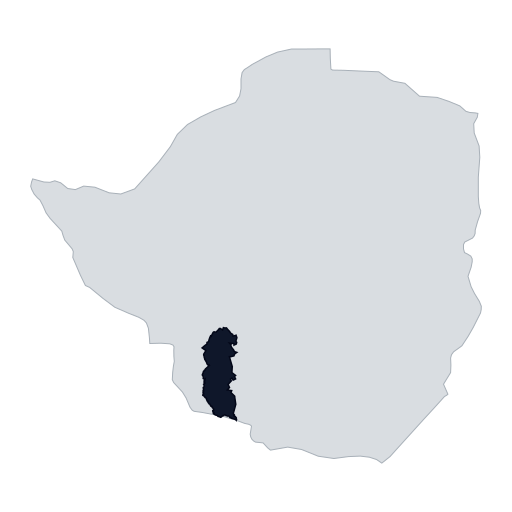 Matobo, Matabeleland South, Zimbabwe (highlighted)
{"feature_id": "62879985B11044582115440", "entity_name": "Matobo", "entity_type": "district", "adm_level": 2, "iso_a3": "ZWE", "parent_name": "Zimbabwe", "parent_adm1": "Matabeleland South", "projection": "mercator", "projection_center": [28.344, -20.969], "detail": "fine", "context": "in_parent", "style": "filled", "palette": "ink", "viewbox_px": 512, "rotation_deg": 0, "n_neighbors": 0, "source": "geoboundaries", "source_scale": "gbopen_adm2", "svg_char_len": 7271}
<svg xmlns="http://www.w3.org/2000/svg" viewBox="0 0 512 512"><path d="M381.8,463.1L376.5,459.5L369.4,457.2L360.2,456.1L348.4,456.6L333.9,458.5L318.2,456.2L301.6,449.5L287.7,447.1L271.2,450.0L270.4,450.1L267.6,447.8L263.1,442.9L255.5,442.1L253.5,440.9L251.8,439.1L250.7,436.8L250.2,434.2L251.5,426.2L250.8,425.3L248.8,424.3L244.7,423.4L234.7,419.7L222.2,416.2L201.9,412.4L194.1,411.3L192.2,410.2L190.0,407.2L186.1,398.0L182.4,392.0L173.7,382.6L172.3,379.7L172.7,372.3L173.4,366.3L174.3,361.3L173.9,356.5L173.8,350.6L174.0,346.7L172.9,345.0L169.7,343.8L160.7,343.2L149.8,343.5L149.4,337.5L148.4,328.2L146.4,322.9L143.9,320.2L138.8,317.3L128.7,313.3L114.9,307.3L103.1,298.5L89.6,287.4L85.4,285.5L80.4,275.2L72.8,257.5L73.3,251.6L72.1,248.8L64.8,240.1L63.1,235.6L61.8,231.1L50.1,218.4L46.1,212.9L43.0,205.8L40.0,200.1L37.4,197.8L34.1,194.0L31.8,189.6L30.7,186.3L31.6,181.9L32.7,178.9L43.9,182.0L50.0,182.3L54.8,180.8L60.7,182.8L67.7,188.5L75.4,189.6L83.7,186.1L94.9,187.2L109.1,192.8L120.8,194.0L134.7,188.9L147.2,174.9L158.9,161.8L170.4,146.6L177.3,134.4L187.5,124.5L200.9,116.8L214.6,110.4L235.5,102.5L239.6,96.0L241.0,88.8L241.0,79.0L242.1,72.6L244.3,69.6L247.8,67.4L252.2,64.4L266.0,56.9L277.5,52.1L291.6,49.0L306.9,49.0L321.7,48.9L330.1,48.9L330.3,58.4L330.9,69.1L332.6,70.1L343.7,70.3L361.6,71.1L378.8,71.8L389.8,79.6L393.5,81.2L404.9,83.3L419.5,96.2L437.1,97.4L449.2,101.5L459.8,105.9L465.9,111.3L469.9,112.5L475.3,112.9L477.9,113.4L477.3,117.2L473.7,123.7L474.2,133.0L479.1,146.0L479.8,157.3L478.3,177.2L478.3,196.5L478.8,203.4L479.6,208.0L480.7,210.5L480.5,213.4L477.6,221.5L475.2,230.1L475.1,233.5L474.2,235.9L472.5,238.1L464.8,242.0L463.5,244.5L463.5,248.9L464.5,252.6L467.4,254.0L470.8,256.1L472.2,258.9L472.2,261.8L471.1,267.3L468.0,276.3L471.1,286.7L474.5,293.5L479.3,301.3L481.3,306.2L481.2,309.6L480.5,313.0L473.3,327.3L468.2,336.2L461.9,345.8L453.6,351.8L451.5,354.7L450.6,358.0L450.9,365.1L450.6,372.6L443.5,384.2L447.9,394.2L446.9,395.1L444.5,396.5L434.3,407.8L423.9,419.1L416.4,427.4L407.8,436.9L398.2,447.5L390.0,456.6L381.8,463.1Z" fill="#d9dde1" stroke="#a8b0b8" stroke-width="1"/><path d="M220.2,328.4L219.3,328.5L218.8,329.3L218.7,329.3L218.5,329.6L218.2,329.9L218.0,330.1L218.0,330.3L216.8,331.3L216.3,332.0L215.3,332.1L214.7,332.0L214.1,331.8L213.4,332.1L212.6,333.3L212.2,334.3L212.0,334.6L211.6,335.5L211.3,336.3L210.6,335.8L209.7,337.8L209.3,339.0L208.9,340.2L208.7,341.6L207.0,342.4L206.9,344.1L205.8,344.9L205.4,345.1L204.5,345.9L203.9,346.3L203.1,347.2L202.9,347.2L202.1,347.9L204.5,349.6L205.9,350.6L203.7,354.2L203.7,355.2L203.8,355.4L203.9,355.5L204.0,355.6L204.0,355.8L204.1,356.3L204.1,356.5L204.2,357.0L204.3,357.6L204.4,357.8L204.5,358.0L204.6,358.6L204.7,358.9L204.9,359.1L204.8,359.4L204.9,359.5L205.0,359.7L205.1,359.9L205.2,360.0L205.3,360.1L205.5,360.3L205.5,360.6L205.7,360.9L205.8,361.1L206.0,361.1L206.2,361.3L206.2,361.5L206.4,362.1L206.6,362.6L206.8,362.9L206.8,363.2L207.1,364.0L207.6,364.7L207.7,364.8L207.9,364.8L208.0,364.9L208.3,364.8L208.8,364.7L209.0,364.7L209.0,365.0L209.4,365.4L205.4,369.0L205.2,369.3L205.1,369.5L205.2,369.9L205.1,370.1L204.8,370.1L204.5,370.3L204.3,370.4L204.3,370.6L204.2,370.9L204.0,371.1L203.7,371.2L203.5,371.3L203.4,371.6L203.4,371.8L203.3,372.1L203.2,372.2L203.1,372.5L203.2,372.8L203.2,373.1L203.2,373.3L202.9,373.5L202.5,374.1L202.4,374.5L202.3,374.8L202.4,375.2L202.5,375.2L202.6,375.3L202.8,375.4L202.8,375.7L202.9,375.9L203.0,376.1L203.1,376.5L203.4,377.3L203.2,378.2L203.2,378.5L204.7,379.2L205.0,379.0L204.9,379.4L205.0,379.7L204.9,379.7L204.8,379.8L204.6,379.8L204.3,379.8L204.4,380.3L204.3,380.5L204.5,380.5L204.5,380.8L204.5,381.1L204.6,381.3L204.4,381.5L204.2,381.5L204.3,381.8L204.2,382.0L204.3,382.0L204.6,382.1L204.7,382.3L204.6,382.6L204.8,382.8L204.9,383.0L204.7,383.2L204.7,383.4L204.4,383.6L204.0,383.8L204.0,384.0L203.9,384.2L203.7,384.3L204.0,384.7L204.1,384.9L204.0,385.3L204.2,385.7L204.2,386.3L204.0,386.9L203.7,387.1L203.3,387.4L203.3,387.5L203.2,388.0L203.3,388.3L203.5,388.6L203.6,388.9L203.6,389.3L203.5,389.5L203.4,389.6L203.4,389.9L203.5,390.1L203.5,390.3L203.2,390.6L203.5,390.9L203.6,391.0L203.2,391.5L203.4,391.9L203.4,392.0L203.0,392.2L203.0,392.4L203.3,392.8L203.5,393.3L203.7,393.7L203.7,393.9L203.7,394.1L203.4,394.3L203.2,394.2L203.2,394.3L203.1,394.5L202.8,394.9L202.8,395.2L202.8,395.3L203.1,395.5L203.6,395.7L203.9,395.9L204.4,396.6L204.7,397.0L204.8,397.1L205.1,397.2L205.2,397.4L205.3,397.7L205.9,398.0L206.4,398.6L206.5,398.7L206.5,399.3L206.5,399.6L206.6,399.8L206.8,400.1L206.9,400.3L207.1,400.5L207.2,401.1L207.4,401.2L207.7,401.0L207.9,401.1L207.9,401.3L207.8,401.6L207.9,401.9L208.1,402.1L208.1,402.6L208.7,403.0L208.8,403.3L208.9,403.6L209.1,403.9L209.3,404.0L209.7,404.1L209.9,404.3L210.1,404.6L210.1,404.8L210.3,405.2L210.6,405.6L210.7,406.0L211.0,406.2L211.4,406.4L211.5,406.4L211.8,406.3L212.0,406.4L212.0,406.5L212.1,407.0L212.2,407.5L212.5,407.8L213.0,408.2L213.3,408.6L213.7,409.0L213.7,409.3L213.5,409.6L213.6,410.2L213.6,410.5L213.4,410.6L212.8,410.6L212.7,410.7L212.7,410.8L212.7,411.0L212.8,411.2L212.9,411.4L213.0,412.1L213.2,412.4L213.4,412.6L213.7,412.5L213.8,412.5L214.0,413.0L214.1,413.3L214.2,413.7L214.2,414.0L213.9,414.0L214.1,414.2L214.7,414.5L215.1,414.8L215.9,415.1L216.1,415.2L217.0,415.4L217.5,415.8L218.0,416.4L218.4,416.5L219.0,416.6L219.3,416.8L220.1,417.0L220.6,417.3L221.1,417.1L221.5,416.9L221.9,416.5L222.0,416.4L222.4,415.9L222.7,415.6L222.9,415.5L223.0,415.5L223.5,415.7L223.8,415.6L224.2,415.1L224.6,414.8L224.8,414.7L225.1,414.8L225.4,415.0L225.8,415.4L226.1,415.7L226.3,415.7L226.7,415.7L226.9,415.8L227.1,415.8L227.7,416.1L228.1,416.0L228.4,416.0L228.8,416.1L229.2,416.4L229.6,416.8L229.7,417.2L230.0,417.6L230.9,417.9L231.8,418.4L232.7,418.6L233.7,418.9L234.4,419.2L234.7,419.2L234.8,419.2L236.0,419.9L236.3,420.3L236.6,419.3L236.2,418.8L236.3,418.2L236.3,417.8L235.7,417.2L235.6,416.9L235.2,416.8L235.2,416.5L234.8,416.5L234.7,416.4L234.4,416.3L234.3,416.0L234.2,415.9L233.9,415.8L233.8,415.7L233.8,415.4L233.9,415.2L234.2,415.2L234.4,415.0L234.4,414.9L234.2,414.7L233.9,414.7L233.7,414.6L233.6,414.3L233.6,414.0L233.5,413.7L233.3,413.3L233.7,412.0L235.8,404.3L234.8,397.6L234.7,396.2L230.9,392.5L231.5,391.2L231.7,390.6L230.1,390.4L227.3,389.9L229.5,387.5L228.1,384.4L231.3,380.9L230.5,379.1L232.0,378.0L233.1,380.1L234.9,379.3L235.6,378.9L234.9,377.5L234.4,376.7L235.6,375.4L235.0,375.0L234.9,374.9L231.9,372.6L232.2,367.4L232.3,366.7L230.4,360.2L229.4,356.7L230.8,356.7L233.9,355.9L234.5,354.3L234.6,354.2L234.7,353.9L236.8,352.4L234.1,351.5L234.1,351.3L234.2,351.2L234.0,350.7L233.8,350.3L233.7,350.1L233.4,349.9L233.4,349.6L233.0,349.2L232.9,349.0L232.5,348.6L232.1,348.1L232.0,347.8L231.9,347.7L231.7,347.5L231.5,347.4L231.5,347.1L231.3,346.9L231.1,346.2L230.8,345.7L230.9,345.2L230.7,344.8L230.7,344.6L230.8,344.5L230.7,344.5L230.5,344.3L230.5,344.2L230.4,344.1L230.3,343.9L230.0,343.7L229.9,343.5L229.5,343.1L232.6,343.4L233.9,343.6L234.0,344.8L234.0,345.1L234.8,344.7L236.2,344.1L236.5,343.2L236.7,342.3L235.8,341.3L236.9,337.7L236.6,336.8L236.0,335.2L235.7,335.4L235.3,335.5L234.9,335.6L233.0,336.1L232.7,334.4L230.7,333.2L230.2,332.4L229.5,331.3L228.1,329.9L227.5,329.2L226.5,327.9L224.8,328.0L223.4,327.6L222.6,329.9L220.2,328.4Z" fill="#0f172a" stroke="#020617" stroke-width="1.5"/></svg>